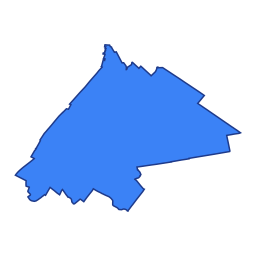 Jilava, Ilfov, Romania (Robinson projection)
{"feature_id": "2599482B22366315272934", "entity_name": "Jilava", "entity_type": "district", "adm_level": 2, "iso_a3": "ROU", "parent_name": "Romania", "parent_adm1": "Ilfov", "projection": "robinson", "projection_center": [26.086, 44.34], "detail": "fine", "context": "isolated", "style": "filled", "palette": "blue", "viewbox_px": 256, "rotation_deg": 0, "n_neighbors": 0, "source": "geoboundaries", "source_scale": "gbopen_adm2", "svg_char_len": 4746}
<svg xmlns="http://www.w3.org/2000/svg" viewBox="0 0 256 256"><path d="M229.7,151.5L229.9,151.1L229.8,150.4L229.7,150.0L228.4,143.6L227.0,137.0L226.7,135.4L227.8,135.2L231.9,134.5L233.9,134.1L236.0,133.8L238.8,133.4L239.5,133.2L239.8,133.1L240.5,132.8L237.0,130.3L235.8,129.5L234.0,128.3L232.6,127.3L232.2,127.1L229.3,125.1L224.2,121.6L218.4,117.6L209.8,111.7L206.8,109.6L204.1,107.8L197.7,103.4L204.3,95.5L199.9,92.4L184.9,82.4L181.7,80.2L166.1,69.9L162.6,67.6L158.5,67.7L157.7,67.7L157.7,67.3L157.7,67.1L157.1,67.3L156.9,67.4L156.8,68.4L156.4,69.7L156.3,69.9L156.1,70.4L156.0,70.5L155.8,70.9L155.8,71.0L155.5,71.5L155.1,72.0L151.1,75.8L150.5,75.1L142.6,67.8L140.8,66.2L138.9,68.3L136.6,66.2L132.3,62.2L132.0,62.0L132.0,61.9L131.5,64.6L128.9,66.3L128.3,66.8L127.8,66.9L127.4,67.3L127.3,67.6L127.2,68.0L127.1,68.3L127.1,68.9L126.4,69.1L126.3,69.6L126.2,69.6L126.2,69.1L126.5,67.9L126.0,66.0L125.8,65.6L123.7,62.8L123.1,62.7L122.9,62.8L122.7,62.8L122.1,62.9L121.8,62.4L120.0,59.0L116.3,51.9L115.5,52.2L115.3,52.2L115.2,52.2L114.9,52.2L114.8,51.9L114.6,51.9L114.3,52.1L111.9,48.1L111.6,47.2L110.9,46.7L110.4,46.7L109.6,45.1L109.4,45.1L107.5,45.0L105.0,44.8L104.8,45.6L104.6,46.8L105.6,47.0L105.4,47.2L105.1,48.4L105.9,48.6L105.8,48.8L105.5,49.5L105.3,49.4L105.1,50.4L105.5,50.5L105.2,51.3L104.9,51.2L104.6,52.1L104.8,52.1L104.5,53.3L103.3,53.0L103.0,53.9L105.0,54.4L104.8,55.0L104.3,56.6L104.0,57.1L103.7,58.3L104.3,58.5L104.9,59.0L105.0,59.0L104.6,60.4L104.1,60.1L103.6,59.8L103.3,59.6L103.3,59.8L103.2,60.0L101.9,65.0L101.6,66.2L101.5,66.4L101.3,66.6L102.1,67.1L98.9,70.6L97.0,73.0L95.8,74.4L90.0,81.0L84.9,87.2L80.2,92.2L80.1,92.3L75.2,97.8L69.6,104.1L70.9,104.7L68.5,109.2L66.4,108.8L62.8,112.5L62.7,112.4L59.0,116.1L55.4,120.4L55.3,120.5L51.2,125.5L50.2,126.6L49.5,127.5L49.3,127.7L47.7,129.5L46.4,131.1L44.6,133.1L44.3,133.4L42.7,135.9L40.0,140.0L40.4,140.6L38.5,144.2L36.5,147.7L36.5,147.8L35.9,148.4L36.2,148.5L35.7,149.3L35.2,150.0L34.4,150.9L34.3,151.2L33.8,152.0L32.0,155.1L31.0,156.8L34.1,158.4L34.3,158.6L29.7,162.3L23.5,167.1L21.8,168.5L19.5,170.5L18.7,171.3L17.8,172.2L16.5,173.7L15.4,175.2L26.1,180.7L26.0,182.6L26.0,183.2L26.0,183.5L26.0,183.9L26.0,184.7L26.0,185.1L26.1,185.9L26.1,186.1L26.6,186.3L27.1,186.5L28.4,186.9L29.3,187.2L29.3,187.3L29.2,187.4L28.8,188.6L28.4,189.7L27.9,191.0L27.9,191.7L28.1,191.8L28.4,192.2L28.7,192.5L29.2,193.1L29.7,193.6L30.2,194.1L30.4,194.3L30.4,194.7L30.3,195.1L30.1,195.3L29.5,195.7L28.4,196.4L28.0,196.7L27.9,196.9L28.1,197.2L29.0,198.5L29.5,199.3L30.1,199.9L31.0,200.5L31.7,200.8L33.2,201.1L34.4,201.3L35.1,201.1L35.8,201.0L36.4,200.7L37.3,200.1L38.3,199.5L38.8,199.1L39.8,198.4L41.2,197.4L42.2,196.5L43.1,195.9L43.7,195.4L44.1,195.1L44.6,194.7L44.9,194.9L45.4,195.2L45.5,195.3L45.6,195.2L47.3,192.2L49.1,189.1L49.9,187.7L50.1,187.4L50.5,187.7L51.0,188.1L51.9,188.8L54.5,190.8L55.4,191.6L57.2,193.1L59.2,194.5L59.6,194.8L60.1,193.9L60.9,192.1L61.5,190.7L62.0,190.0L62.5,189.5L63.6,191.1L64.6,192.5L66.1,194.7L66.6,195.3L67.3,196.2L67.9,197.1L68.1,197.1L68.3,197.1L68.5,197.2L68.7,197.3L69.2,197.5L69.4,197.6L69.7,197.8L69.9,197.9L70.3,198.1L70.6,198.4L71.0,198.8L71.1,199.0L71.4,199.4L71.4,199.6L71.5,199.7L71.5,199.8L71.5,200.1L71.6,200.4L71.8,201.6L71.9,201.9L72.1,202.2L72.1,202.3L72.4,202.6L72.5,202.8L72.8,203.0L73.1,203.3L73.3,203.6L73.4,203.8L73.8,203.9L74.5,203.8L78.9,200.2L80.0,199.2L80.4,199.2L80.7,199.4L83.8,201.7L86.6,197.8L86.9,197.4L88.7,195.1L89.7,193.8L91.1,192.1L92.5,190.3L93.3,188.8L94.2,189.3L95.3,190.0L96.3,190.6L97.1,191.0L98.0,191.5L98.8,191.9L99.8,192.3L100.8,192.9L101.3,193.1L102.2,193.7L103.1,194.0L104.0,194.5L105.7,195.3L107.1,195.9L108.8,196.6L109.5,197.1L110.2,197.6L110.9,198.3L111.4,198.8L112.1,199.7L112.6,200.2L112.8,201.4L112.7,202.6L112.7,203.6L112.7,204.8L113.0,205.3L113.3,205.6L113.7,205.9L114.3,206.2L115.5,206.8L116.4,207.3L117.0,207.6L118.0,208.4L118.4,209.0L119.0,209.5L120.2,209.6L121.6,209.7L121.8,209.6L122.7,209.3L122.9,209.2L123.8,209.0L124.9,209.2L125.8,209.5L126.7,210.0L127.1,210.6L127.5,211.2L127.4,211.2L127.6,211.2L129.4,208.9L132.0,205.4L132.2,205.2L132.4,205.0L136.0,200.2L136.6,199.4L138.8,196.6L142.8,191.5L144.1,189.5L144.3,189.2L143.4,188.8L143.2,188.6L142.8,188.2L142.2,187.5L140.4,185.4L136.7,180.8L136.0,180.1L135.3,179.6L134.8,179.3L134.9,179.1L135.6,178.8L136.2,178.5L137.3,178.2L138.6,177.8L140.0,176.3L140.2,175.9L140.0,175.6L140.9,174.7L140.7,174.1L139.9,172.2L138.8,170.9L138.2,170.4L138.0,169.8L137.5,169.8L137.0,167.0L140.9,166.5L149.6,165.2L156.2,164.3L170.4,162.1L171.3,162.0L171.2,161.7L172.0,161.6L175.7,161.0L181.3,160.0L185.3,159.4L189.0,158.8L188.9,158.4L191.7,157.9L194.7,157.4L195.3,157.3L203.8,155.9L209.3,155.0L214.7,154.1L229.3,151.6L229.7,151.5Z" fill="#3b82f6" stroke="#1e3a8a" stroke-width="1.5"/></svg>